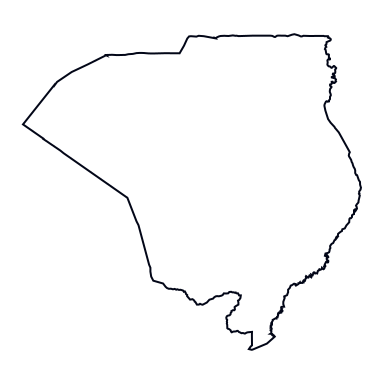 the district of Mwanga, Kilimanjaro, United Republic of Tanzania, rotated 180°
{"feature_id": "72390352B15719315121224", "entity_name": "Mwanga", "entity_type": "district", "adm_level": 2, "iso_a3": "TZA", "parent_name": "United Republic of Tanzania", "parent_adm1": "Kilimanjaro", "projection": "albers", "projection_center": [37.536, -3.684], "detail": "fine", "context": "isolated", "style": "outline", "palette": "ink", "viewbox_px": 384, "rotation_deg": 180, "n_neighbors": 0, "source": "geoboundaries", "source_scale": "gbopen_adm2", "svg_char_len": 5688}
<svg xmlns="http://www.w3.org/2000/svg" viewBox="0 0 384 384"><g transform="rotate(180 192 192)"><path d="M58.5,130.5L56.1,131.1L54.9,131.8L54.4,133.3L54.4,134.7L53.8,135.4L53.6,136.1L53.9,137.0L53.8,138.2L52.4,140.1L50.8,141.0L49.5,143.8L48.7,144.1L47.1,146.2L48.1,145.9L47.7,146.9L46.1,148.2L45.9,150.2L43.3,152.3L42.1,152.9L41.7,154.7L39.2,155.6L37.6,158.6L34.8,161.7L34.6,165.0L34.0,165.8L33.0,165.8L32.0,167.0L32.0,168.7L31.4,169.3L30.0,169.9L30.0,173.8L29.0,174.6L28.4,173.2L27.0,175.4L27.4,177.3L28.0,178.3L27.2,179.7L25.6,181.5L25.4,183.4L24.2,188.5L25.0,190.1L24.6,190.4L24.8,190.7L24.8,192.5L23.4,194.5L23.4,195.2L23.0,196.2L23.9,199.2L24.0,202.1L25.2,203.9L26.9,208.8L27.8,209.0L28.8,211.0L28.8,213.6L29.3,215.3L30.3,216.9L31.0,218.7L31.5,220.7L32.3,222.0L32.9,224.2L34.9,227.5L35.2,228.4L34.9,230.2L34.2,231.8L45.2,251.6L49.0,256.1L49.5,257.1L53.4,261.3L55.9,264.9L58.6,273.4L59.6,278.2L59.4,279.7L58.1,282.3L57.6,282.7L57.1,282.8L56.4,282.3L55.0,282.6L55.0,283.6L54.0,284.9L54.0,287.2L53.2,288.6L53.3,289.8L54.2,292.1L54.1,293.9L53.7,295.4L52.6,296.6L52.5,297.1L53.9,298.3L54.0,299.2L53.8,299.6L53.0,299.6L52.3,300.3L52.2,301.2L52.3,302.2L51.4,302.3L50.6,301.1L49.7,301.0L48.8,301.6L48.2,302.3L48.6,302.5L48.5,302.9L48.0,304.4L48.5,305.1L49.6,305.8L52.2,306.5L52.2,307.0L51.8,307.2L51.1,307.2L49.8,306.5L49.3,306.5L49.3,308.0L50.0,308.9L50.8,309.2L51.2,309.6L51.1,310.2L50.9,310.5L49.5,310.5L48.8,311.2L48.7,312.5L48.9,314.3L48.7,314.7L47.9,315.5L47.8,316.0L49.7,317.9L50.2,318.0L52.2,316.2L52.6,316.2L54.2,317.6L55.3,317.7L56.3,318.7L56.6,319.5L56.3,321.7L56.6,323.4L56.4,324.0L55.8,324.6L54.3,324.5L54.0,324.7L54.0,325.5L55.1,326.1L55.1,329.4L55.5,329.7L57.0,329.7L57.7,330.2L58.4,334.1L59.1,334.9L58.3,336.9L57.7,337.1L57.9,337.9L58.6,338.6L58.4,339.2L57.6,339.8L57.4,341.9L53.7,343.5L53.3,344.1L53.2,344.8L53.9,345.6L55.1,346.0L55.3,346.7L56.1,346.6L56.1,347.8L59.6,347.8L60.3,348.1L74.4,348.0L80.6,348.2L82.1,347.6L83.2,347.6L85.4,348.6L89.6,349.8L92.0,349.3L96.3,347.8L98.6,348.3L105.6,348.4L106.9,348.3L108.9,347.0L109.7,347.1L111.7,348.1L113.4,348.3L132.3,348.3L145.5,347.9L147.4,348.3L148.5,348.2L151.1,348.6L155.6,348.0L159.8,348.2L163.5,348.0L165.0,347.6L167.0,346.7L168.1,345.8L168.4,345.9L168.2,345.6L180.2,347.8L185.3,348.2L187.6,347.4L193.0,347.8L194.9,347.6L196.7,345.5L200.0,338.3L204.4,330.7L219.0,330.8L231.5,330.5L235.6,330.6L240.2,331.0L244.0,331.1L247.5,330.9L251.1,330.1L255.6,329.8L258.7,329.1L267.0,328.9L271.9,329.2L277.9,329.0L277.5,328.5L278.0,328.7L296.2,319.6L312.3,312.0L326.9,302.1L329.5,298.6L329.6,299.1L361.0,259.6L340.5,245.3L340.7,245.0L323.6,233.4L320.4,230.8L256.6,186.2L247.5,162.7L245.5,158.8L234.9,119.3L233.6,116.3L233.6,112.4L232.8,107.4L230.7,103.3L220.9,100.5L218.4,97.2L216.9,95.9L215.1,95.2L213.1,95.3L211.0,94.7L209.3,95.1L207.8,94.3L206.8,94.7L205.0,94.1L203.4,94.2L201.0,93.5L200.1,92.2L199.2,92.6L198.4,91.4L198.0,90.0L196.8,89.0L196.9,87.9L193.9,84.4L191.4,84.8L189.7,83.4L189.3,82.3L188.6,82.0L187.1,79.4L185.1,79.4L184.0,80.2L182.8,79.6L181.3,79.3L177.1,81.5L174.6,84.3L170.9,85.4L169.9,86.6L168.4,87.6L166.9,87.9L165.1,87.7L162.3,88.4L161.1,89.2L160.2,90.6L157.6,90.5L155.8,90.7L154.7,92.0L152.8,92.2L151.8,91.7L150.3,91.7L149.5,91.3L148.3,91.5L148.1,91.0L147.5,90.7L146.0,90.7L144.9,88.6L143.2,88.6L143.6,85.9L144.8,84.1L146.0,83.4L145.6,81.6L145.6,79.4L148.5,77.7L149.4,76.9L149.1,74.6L149.6,73.8L151.1,73.8L152.6,72.9L152.5,72.0L153.3,71.1L153.5,69.6L154.4,68.7L156.0,68.4L157.2,67.7L157.7,66.4L157.5,65.0L156.8,64.1L157.2,62.3L156.9,61.5L157.2,60.3L156.8,59.4L156.7,55.8L156.2,55.3L155.1,55.0L154.2,54.4L153.3,53.6L153.0,52.4L152.2,51.7L150.8,52.4L148.0,52.6L147.0,53.1L146.2,53.1L144.9,51.9L143.5,51.4L143.0,51.0L142.5,50.8L141.1,51.0L139.1,50.4L137.3,51.4L136.1,51.7L132.0,52.1L132.1,49.5L132.0,38.6L133.4,37.4L135.1,34.9L132.3,34.2L131.4,34.4L117.1,40.4L109.2,47.4L109.6,47.9L110.4,47.8L110.4,48.8L110.5,48.9L111.4,48.7L111.8,48.9L111.8,50.0L113.6,50.2L112.8,50.7L112.6,52.9L113.3,53.4L113.5,53.8L112.5,54.5L112.7,55.3L112.4,55.5L112.7,56.2L113.4,56.3L113.1,56.9L113.4,57.7L113.1,57.9L113.1,58.4L112.5,58.4L112.0,59.5L112.0,59.9L112.4,59.5L112.7,59.5L112.4,60.1L112.8,60.8L111.2,63.4L111.3,64.1L108.4,65.7L107.6,65.5L107.6,66.1L107.0,66.4L107.0,66.8L106.5,66.8L106.6,67.5L105.9,68.2L106.0,69.1L105.6,70.0L106.0,70.1L105.9,70.7L105.3,70.9L105.2,71.3L104.5,71.1L104.1,71.9L103.9,71.5L103.4,71.9L103.0,71.3L102.7,71.4L102.7,71.9L102.5,72.0L102.4,72.4L102.0,72.8L101.6,72.8L101.5,73.2L102.0,73.7L102.4,73.4L103.1,73.8L102.0,75.1L102.6,75.5L102.6,76.0L102.9,76.2L102.6,77.1L99.9,77.3L100.7,79.8L100.7,81.4L100.7,82.2L99.3,86.1L99.4,86.7L99.8,87.0L99.8,87.6L97.0,88.8L96.7,89.3L96.5,90.4L95.9,91.5L95.9,94.3L94.2,96.1L93.3,98.4L92.3,98.7L89.9,100.3L88.3,99.9L88.5,98.8L88.1,98.4L85.5,100.0L85.4,100.2L85.5,100.8L84.8,100.9L84.0,101.8L83.7,101.0L82.9,101.0L82.2,101.2L81.5,101.1L81.4,101.8L81.0,102.0L80.6,101.9L80.8,102.8L80.6,103.4L80.1,103.8L79.7,103.6L79.4,102.8L79.2,102.9L78.7,104.2L78.5,105.3L77.7,106.0L78.2,107.3L77.9,107.9L75.9,106.4L75.6,106.4L74.5,108.6L73.4,108.0L73.3,107.1L72.7,106.7L72.3,107.8L72.7,109.4L71.8,108.9L71.3,108.8L70.8,110.5L70.5,110.7L70.7,111.1L70.3,111.6L69.9,111.7L69.3,111.5L68.8,110.5L67.3,110.8L66.8,110.6L66.2,113.0L65.8,113.4L65.4,113.4L64.6,114.8L64.0,114.6L63.8,114.2L63.4,114.3L62.1,115.0L62.0,116.1L60.6,114.8L59.9,115.2L59.4,116.3L60.0,117.6L59.7,117.9L59.0,117.4L58.6,117.9L58.9,118.6L59.3,118.9L59.3,119.4L57.9,122.2L57.3,122.6L56.9,121.7L56.3,121.5L55.9,121.7L55.7,122.4L55.8,123.4L56.6,123.6L57.4,125.1L57.1,125.7L55.7,126.8L55.8,127.3L56.8,128.7L57.5,127.6L57.9,128.8L58.3,128.7L58.6,128.0L59.1,128.2L58.5,130.5Z" fill="none" stroke="#020617" stroke-width="2"/></g></svg>